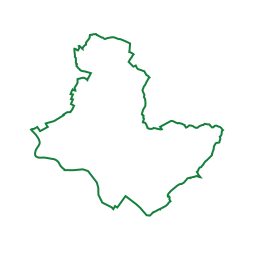 outline of Harau, Hunedoara, Romania, rotated 19°
{"feature_id": "2599482B17329602962763", "entity_name": "Harau", "entity_type": "district", "adm_level": 2, "iso_a3": "ROU", "parent_name": "Romania", "parent_adm1": "Hunedoara", "projection": "mercator", "projection_center": [22.984, 45.914], "detail": "fine", "context": "isolated", "style": "outline", "palette": "green", "viewbox_px": 256, "rotation_deg": 19, "n_neighbors": 0, "source": "geoboundaries", "source_scale": "gbopen_adm2", "svg_char_len": 5566}
<svg xmlns="http://www.w3.org/2000/svg" viewBox="0 0 256 256"><g transform="rotate(19 128 128)"><path d="M67.8,49.9L67.3,49.6L66.9,49.6L66.2,50.1L65.8,50.3L65.1,50.4L64.8,50.6L64.2,51.0L63.8,51.5L63.6,51.7L63.3,51.8L62.8,51.8L62.4,52.0L62.0,52.2L61.7,52.4L61.7,52.6L61.9,53.2L61.9,53.6L62.2,54.6L62.2,56.1L62.0,56.7L61.9,57.0L61.6,57.8L61.2,58.7L61.1,59.0L60.9,59.8L60.5,60.8L61.2,62.8L60.1,64.1L59.3,66.1L59.0,67.1L59.4,68.1L58.8,67.9L57.7,67.2L56.7,66.8L55.4,66.2L54.8,66.6L55.9,67.9L55.5,70.9L54.5,71.0L53.0,70.4L51.9,70.4L51.5,70.5L51.9,71.7L52.5,73.1L54.2,76.6L54.6,78.1L55.8,78.7L56.9,81.4L57.1,82.5L57.7,83.4L58.4,84.6L58.9,84.4L59.3,86.4L60.1,86.6L61.6,87.7L63.0,88.1L63.4,88.6L64.7,89.0L66.2,89.0L69.4,88.5L75.1,88.2L74.8,89.8L74.6,91.5L74.4,92.0L74.3,93.4L73.9,94.0L74.0,95.9L71.8,95.0L69.7,94.9L68.3,95.6L64.4,98.2L65.6,101.9L64.9,105.4L64.4,107.1L64.7,107.7L64.7,108.4L65.7,109.1L66.1,109.8L65.6,109.9L63.4,109.9L63.1,109.7L62.8,111.2L62.7,114.7L65.0,114.2L64.7,119.2L65.5,119.1L66.6,118.9L66.2,123.9L69.7,124.5L69.2,129.0L68.9,129.8L68.7,130.2L68.5,131.3L68.4,131.7L68.0,131.9L67.5,131.9L67.1,132.2L66.2,132.6L65.4,132.9L65.0,133.3L62.5,136.4L63.1,136.8L55.8,145.6L49.2,150.1L48.7,150.5L50.7,152.4L51.8,153.1L45.9,159.6L41.9,156.6L39.4,159.4L37.7,160.2L36.9,161.0L37.6,161.5L39.0,162.2L40.3,162.9L42.6,164.1L43.9,165.0L45.3,166.0L46.3,166.8L47.0,167.4L47.5,168.0L48.0,168.5L48.5,169.2L49.1,170.2L49.4,171.1L49.5,172.1L49.3,173.1L49.2,174.2L48.8,175.3L48.6,176.3L48.3,177.5L48.0,179.0L48.1,180.3L48.2,181.3L48.4,182.1L48.6,182.7L48.8,183.4L49.2,184.0L49.9,184.6L50.8,185.0L52.0,185.1L53.1,185.1L54.4,184.7L55.7,184.3L57.1,183.7L58.3,183.3L59.6,183.0L61.1,182.7L62.6,182.5L66.3,181.9L67.9,181.6L69.3,181.6L70.7,181.8L71.8,182.2L72.9,182.7L73.8,183.3L74.7,184.2L75.4,184.8L76.7,185.9L78.5,186.9L79.9,187.4L81.3,187.9L81.6,188.5L89.8,185.8L98.7,181.8L104.2,181.7L116.3,189.7L119.4,194.3L121.8,200.8L128.0,206.9L138.4,208.3L140.5,209.5L141.2,206.0L143.7,206.7L144.7,203.6L147.8,193.2L148.0,193.2L160.0,197.2L160.7,197.4L161.8,197.9L165.1,199.3L166.4,200.0L169.1,201.6L174.0,204.4L177.2,203.7L178.2,201.8L178.9,200.1L179.4,199.3L179.6,199.4L181.0,197.9L181.4,197.6L182.0,196.8L182.8,196.0L184.0,194.7L184.3,194.4L184.9,194.5L185.0,193.8L188.3,190.3L189.3,189.1L190.5,186.8L190.6,185.9L191.1,184.8L191.6,184.1L192.0,183.4L191.8,183.3L191.3,182.9L190.4,182.1L190.3,181.2L190.0,180.2L189.7,179.8L189.1,179.3L188.5,179.4L188.3,179.6L188.3,179.9L188.0,179.9L187.9,179.8L187.7,178.9L187.4,178.6L187.4,178.2L187.7,176.7L187.9,176.1L188.4,175.4L188.5,174.6L189.9,172.1L191.5,169.5L193.5,166.2L195.3,164.2L197.0,163.4L198.7,161.3L200.1,157.7L200.7,156.2L202.9,154.7L203.2,155.0L203.8,154.5L204.5,153.8L205.7,153.0L206.5,152.7L208.2,151.2L208.6,151.1L212.0,151.1L212.5,151.0L209.8,149.3L209.0,148.5L208.8,148.2L207.4,147.1L208.2,145.6L208.1,144.2L208.6,142.1L209.8,141.3L210.3,140.0L210.5,139.1L211.1,138.3L211.1,137.4L212.1,134.1L212.7,133.5L213.5,131.9L214.3,130.3L216.2,126.4L216.1,126.2L216.0,125.7L215.8,125.0L215.9,124.7L215.9,124.1L215.9,123.7L215.8,122.3L215.9,121.4L215.9,120.1L215.8,119.9L215.6,119.3L215.6,118.8L215.3,117.9L215.3,116.7L215.4,116.3L215.6,115.9L215.6,115.5L215.6,115.1L215.9,114.3L216.2,113.5L216.8,113.1L218.7,112.3L219.1,111.5L218.8,110.7L218.9,109.9L218.9,109.3L218.8,108.0L217.6,106.3L218.5,104.9L218.5,103.7L218.4,102.9L217.7,100.5L218.5,99.1L218.0,98.9L217.7,98.8L216.1,97.6L214.6,97.1L213.1,97.2L210.7,97.0L209.3,97.7L208.4,99.6L207.2,100.1L206.2,99.5L205.3,99.2L204.2,98.3L203.6,98.1L202.4,98.6L200.8,98.8L199.1,99.1L198.3,100.6L197.6,100.8L196.8,101.3L196.3,101.9L195.8,102.2L194.9,103.1L194.6,103.5L193.8,104.9L193.5,105.2L193.3,105.2L191.9,105.8L191.4,105.7L189.6,105.3L188.5,105.1L187.5,105.1L185.5,105.4L185.0,105.7L183.9,107.6L183.3,108.1L182.8,108.7L181.6,107.9L180.5,107.0L180.5,106.8L178.6,106.6L176.6,106.4L175.9,106.7L175.0,106.6L174.4,106.8L173.6,107.4L173.0,107.2L171.8,107.4L169.9,107.0L169.1,107.0L168.5,107.0L167.8,106.9L167.2,107.0L166.8,107.1L166.5,107.3L166.0,107.7L158.0,116.4L159.6,117.5L160.3,118.2L159.1,118.8L158.0,118.9L156.2,119.2L154.3,119.3L152.9,119.6L152.1,119.7L151.5,120.6L150.1,121.4L148.8,121.6L147.8,121.9L147.5,121.8L146.9,121.7L146.4,121.6L146.2,121.5L146.1,121.2L146.1,120.9L145.5,120.4L145.2,120.0L144.6,119.5L144.2,118.7L143.9,118.4L143.4,118.3L143.1,118.1L142.9,117.8L142.7,117.6L142.4,117.5L142.0,117.5L141.7,117.5L140.7,117.9L140.4,117.9L140.2,117.8L140.2,117.6L140.1,117.0L140.1,116.8L140.1,116.5L140.2,114.2L139.2,113.6L139.1,113.2L139.1,112.5L139.0,112.1L138.1,111.4L138.3,111.0L136.7,110.6L136.5,109.1L136.4,107.6L136.4,105.4L137.0,102.7L137.2,101.6L137.0,100.5L136.6,99.8L136.5,98.9L136.0,97.7L135.1,95.9L134.8,95.1L133.0,93.6L132.7,91.3L130.5,89.0L129.4,87.6L129.5,83.6L130.0,82.3L130.5,79.6L130.5,78.2L130.7,77.7L131.2,74.8L131.3,74.1L131.9,73.3L129.7,72.1L128.1,71.9L126.9,70.7L126.0,70.1L125.2,69.2L124.7,69.0L123.3,69.1L122.0,69.0L118.5,69.1L117.5,68.7L116.8,68.3L115.0,66.4L114.6,66.7L113.8,67.7L113.0,68.2L112.7,68.1L111.2,67.3L107.1,65.3L107.7,62.3L108.0,61.5L108.1,60.8L108.3,60.4L108.4,60.0L108.5,59.7L108.5,59.2L108.6,58.7L108.9,57.8L109.1,57.0L109.3,56.5L108.7,56.3L107.9,56.1L106.9,55.8L105.8,55.8L105.1,55.7L104.6,55.7L104.4,55.7L104.3,54.9L104.2,54.1L102.6,48.0L102.4,47.4L98.9,47.0L97.4,46.8L93.9,46.6L92.0,46.5L91.5,46.5L90.7,46.8L90.4,47.0L88.3,46.9L85.1,46.8L83.1,47.5L80.5,49.0L79.1,49.8L77.7,51.1L76.9,51.4L76.4,51.3L74.7,50.7L73.4,51.0L72.3,50.7L71.0,50.6L69.4,50.3L68.9,50.0L68.2,50.3L68.0,50.2L67.8,49.9Z" fill="none" stroke="#15803d" stroke-width="2"/></g></svg>